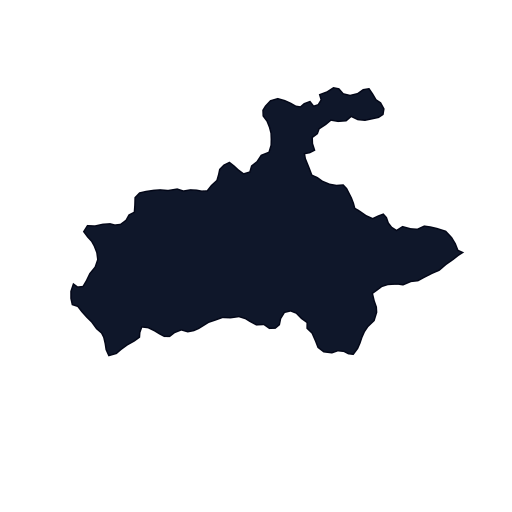 outline of Itabirinha, Minas Gerais, Brazil, rotated 63°
{"feature_id": "56859067B37396516531854", "entity_name": "Itabirinha", "entity_type": "district", "adm_level": 2, "iso_a3": "BRA", "parent_name": "Brazil", "parent_adm1": "Minas Gerais", "projection": "orthographic", "projection_center": [-41.25, -18.552], "detail": "fine", "context": "isolated", "style": "filled", "palette": "ink", "viewbox_px": 512, "rotation_deg": 63, "n_neighbors": 0, "source": "geoboundaries", "source_scale": "gbopen_adm2", "svg_char_len": 2714}
<svg xmlns="http://www.w3.org/2000/svg" viewBox="0 0 512 512"><g transform="rotate(63 256 256)"><path d="M141.2,126.0L146.5,127.0L149.5,131.9L148.7,136.7L142.9,137.8L142.2,143.9L143.4,148.7L140.6,152.6L135.7,155.8L130.6,159.9L125.7,165.2L124.3,172.6L126.8,179.5L129.3,183.6L134.5,186.0L140.9,184.9L147.5,185.5L153.4,186.8L159.0,189.4L164.2,192.2L169.5,197.3L168.7,205.6L172.5,212.3L173.8,219.0L178.4,223.3L177.2,229.8L171.2,232.8L166.0,234.7L160.6,237.2L160.5,243.3L162.4,249.0L166.4,252.2L171.0,256.5L173.0,263.7L175.9,270.0L173.5,275.1L170.4,279.1L167.3,284.5L165.2,291.2L160.6,295.8L157.8,304.6L153.6,311.4L151.1,317.3L148.6,324.7L147.0,331.1L149.1,337.2L155.7,340.8L161.8,344.5L161.8,350.5L165.2,355.5L166.4,362.3L164.4,367.7L161.1,371.4L158.2,378.2L156.2,385.9L152.5,392.4L156.1,398.4L162.6,397.3L168.3,395.7L173.5,395.5L180.7,396.2L187.4,398.6L192.9,404.3L196.3,412.0L201.1,418.3L204.7,424.0L202.7,429.1L198.1,431.4L203.5,436.9L209.8,440.1L215.9,441.7L220.0,437.6L226.4,436.4L233.6,434.5L240.2,432.3L248.4,431.0L254.5,428.5L259.3,428.5L265.7,430.1L271.4,432.0L277.9,432.3L279.4,424.7L277.9,418.5L276.7,411.0L276.4,403.0L275.4,396.7L271.4,394.3L267.3,390.0L270.9,384.6L276.6,380.3L281.5,377.3L285.9,374.2L288.4,369.5L287.2,363.4L287.9,356.1L292.5,351.2L294.2,345.3L294.5,340.0L294.0,334.1L293.5,328.4L294.5,321.7L295.5,313.8L299.4,306.8L302.2,298.7L307.1,293.7L311.3,291.2L317.5,286.9L320.6,280.0L326.5,276.9L329.0,271.6L327.8,266.4L322.9,262.5L319.1,256.3L320.6,250.1L325.2,246.0L332.3,243.8L338.5,240.6L343.6,243.3L350.2,241.0L358.9,241.5L365.6,242.2L372.1,239.1L376.7,232.3L377.5,226.1L380.9,220.9L385.0,218.0L387.7,214.0L384.5,207.5L380.8,203.0L376.5,198.6L372.6,193.8L369.6,188.4L367.1,180.1L360.9,174.1L356.1,172.0L349.5,171.1L342.1,169.3L341.3,164.0L340.2,157.8L341.2,151.6L343.3,146.7L345.6,142.0L348.4,138.1L349.0,129.5L351.5,122.9L351.3,116.2L351.3,107.1L351.8,99.2L349.7,90.6L348.5,82.0L347.2,75.5L346.7,70.3L342.6,73.6L335.5,72.9L328.5,73.4L320.1,75.8L313.7,82.3L309.4,87.4L305.8,92.5L305.5,100.1L302.0,105.9L296.4,112.1L297.1,119.2L292.0,122.2L286.6,123.2L281.0,122.4L276.5,123.6L275.9,128.9L275.7,135.1L270.0,139.7L263.1,143.4L258.3,146.4L253.2,145.3L247.6,144.7L242.2,144.7L237.1,144.7L232.3,146.1L229.7,152.3L225.4,158.0L219.5,163.0L214.2,165.7L209.3,169.6L201.9,168.8L191.6,167.9L186.8,166.4L188.3,161.2L188.3,155.8L181.5,154.7L175.9,152.1L174.8,145.8L171.3,142.1L170.4,134.1L168.9,127.6L173.3,121.7L176.4,114.3L174.8,107.8L180.7,103.3L184.5,97.3L186.3,90.7L188.1,83.9L187.5,78.6L183.0,75.3L176.1,75.5L171.3,78.2L164.6,78.6L158.3,79.4L156.5,85.0L157.5,91.7L155.7,99.3L151.1,104.7L144.7,106.3L141.3,110.6L142.1,118.1L141.2,126.0Z" fill="#0f172a" stroke="#020617" stroke-width="1.5"/></g></svg>